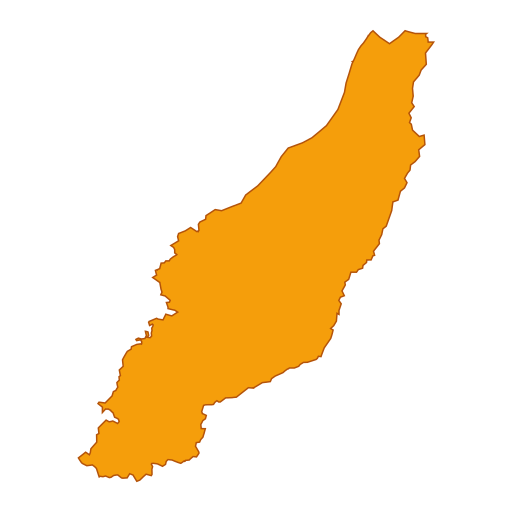 Salayea, Lofa, Liberia (orthographic projection)
{"feature_id": "62588387B29328841835384", "entity_name": "Salayea", "entity_type": "district", "adm_level": 2, "iso_a3": "LBR", "parent_name": "Liberia", "parent_adm1": "Lofa", "projection": "orthographic", "projection_center": [-9.631, 7.472], "detail": "fine", "context": "isolated", "style": "filled", "palette": "amber", "viewbox_px": 512, "rotation_deg": 0, "n_neighbors": 0, "source": "geoboundaries", "source_scale": "gbopen_adm2", "svg_char_len": 5659}
<svg xmlns="http://www.w3.org/2000/svg" viewBox="0 0 512 512"><path d="M123.1,358.6L122.9,359.1L122.5,359.9L123.2,366.3L119.3,370.0L120.4,375.6L119.0,376.7L119.3,380.1L117.6,381.8L116.9,382.6L117.2,384.6L117.8,387.2L116.6,389.0L115.8,390.5L115.3,390.7L113.4,391.6L112.7,393.8L112.1,395.9L105.3,402.8L105.1,403.0L100.2,402.3L99.0,402.2L98.0,403.6L100.0,405.2L102.4,407.1L102.4,411.8L102.4,412.5L104.5,410.2L105.6,409.0L106.0,409.1L108.6,409.1L109.6,409.9L110.6,410.2L111.2,411.3L113.0,412.7L114.4,416.6L114.6,417.2L117.1,418.3L118.4,419.2L119.2,421.5L117.6,423.5L116.1,422.7L113.0,421.1L112.7,421.0L111.4,421.4L109.1,421.8L106.1,420.1L105.5,420.7L99.5,426.7L98.3,428.0L98.8,432.6L98.9,433.5L96.6,434.8L96.7,439.9L96.7,442.2L91.3,448.3L91.0,448.6L90.8,449.4L90.3,452.7L89.4,454.8L88.8,454.4L87.4,453.4L85.6,452.2L83.9,453.6L78.4,457.9L78.9,458.7L79.3,459.4L81.5,462.7L82.1,463.2L82.8,463.7L86.8,465.7L92.0,465.0L92.3,464.9L94.6,466.6L96.4,468.4L96.9,469.9L98.6,475.2L98.7,475.5L99.2,476.9L100.0,476.3L103.0,476.7L105.5,476.0L106.8,476.5L109.1,477.5L109.3,477.6L111.0,477.3L113.6,475.5L116.3,475.0L117.1,475.0L117.7,474.9L121.5,477.9L122.4,478.1L123.7,478.1L126.7,477.9L127.1,477.9L127.9,476.6L129.7,473.7L130.4,474.0L133.0,475.0L136.3,480.5L136.8,481.3L139.8,480.1L141.9,478.1L143.2,476.8L146.1,474.2L151.3,475.6L152.0,474.4L152.0,472.6L151.9,469.2L152.6,466.6L151.4,464.3L151.4,464.2L151.7,463.5L153.2,463.3L156.3,463.7L157.5,463.9L161.1,465.6L162.5,466.3L165.5,464.4L166.2,461.5L166.2,461.4L167.9,459.6L168.1,459.6L172.0,460.0L173.2,460.5L174.8,461.2L177.2,462.1L177.3,462.2L180.1,463.1L180.5,463.2L180.8,463.3L181.9,462.6L184.1,461.0L184.5,461.4L185.2,461.1L185.5,460.4L189.3,460.0L190.2,459.0L193.0,456.6L193.8,456.6L196.5,456.9L198.9,453.3L198.9,452.2L196.3,447.6L195.5,446.3L196.3,442.6L199.6,442.1L200.7,439.6L202.9,437.2L203.4,435.5L203.7,434.3L203.9,434.0L204.5,431.7L205.3,428.7L201.2,428.6L201.2,428.2L200.8,424.5L202.0,422.3L202.8,420.6L205.4,418.8L206.3,415.4L202.3,413.5L202.1,412.6L201.7,411.6L203.4,406.1L203.6,405.4L205.5,404.8L208.8,404.7L211.7,404.7L213.0,404.5L213.5,404.4L214.8,402.4L216.9,400.7L218.7,402.0L219.9,402.0L220.2,402.0L224.2,399.0L225.6,397.9L232.5,397.6L232.9,397.5L234.7,397.3L236.3,397.2L248.4,387.7L248.5,387.7L253.4,388.1L253.3,387.8L253.6,387.8L255.9,386.5L262.4,382.6L266.7,382.1L270.3,381.6L271.6,378.6L275.3,376.0L280.8,373.6L283.0,372.6L284.9,370.9L287.5,369.0L288.5,368.8L289.3,368.0L290.8,368.0L294.3,368.0L298.7,366.3L300.2,364.4L302.2,363.2L303.3,362.5L303.5,362.4L304.1,362.4L307.4,362.3L311.7,360.9L316.0,359.5L316.2,359.4L317.4,358.3L318.4,356.3L321.0,356.6L321.9,354.0L324.2,347.9L330.7,338.5L331.5,336.1L332.2,333.7L333.1,330.0L331.0,328.8L330.6,328.5L333.7,325.7L336.4,321.1L337.0,313.3L339.0,314.4L339.0,310.3L339.3,309.5L341.2,303.8L338.8,300.4L340.4,297.2L344.3,295.7L342.0,290.9L344.8,285.9L345.3,284.9L344.8,282.2L348.7,279.3L350.9,272.2L356.5,272.2L358.3,269.6L362.6,268.2L363.0,265.4L366.5,262.5L366.8,260.0L371.1,259.9L372.9,255.8L374.6,255.3L373.5,251.2L379.4,243.7L379.0,240.1L381.7,234.6L382.9,228.8L386.2,226.2L386.6,225.1L391.7,210.6L392.3,206.0L392.9,201.9L398.0,200.1L400.4,191.3L404.5,187.9L407.0,182.7L404.5,178.4L407.6,173.0L410.0,170.1L410.6,165.0L415.1,161.6L419.6,156.4L418.7,149.8L424.9,144.6L424.1,135.1L419.3,136.5L412.8,130.4L412.5,130.0L411.3,124.2L409.5,122.6L411.2,117.8L408.9,113.2L414.2,106.6L411.7,102.8L413.2,96.1L412.5,88.4L413.5,81.9L419.2,75.2L421.1,70.1L426.3,64.3L425.5,53.0L431.8,44.8L433.6,42.1L428.2,42.1L427.7,37.8L425.7,36.7L425.6,34.3L426.6,33.5L415.2,33.5L409.1,31.9L405.6,30.9L405.1,30.7L398.7,37.2L393.3,41.0L389.5,43.7L379.8,37.2L373.0,30.8L371.0,32.4L370.6,32.8L368.4,35.8L368.2,35.7L367.9,36.4L366.6,38.5L363.5,43.0L361.0,45.8L358.5,49.5L356.7,53.4L354.7,58.1L353.3,61.2L352.4,61.5L352.9,61.9L352.1,63.6L349.7,71.5L349.3,72.9L346.1,83.0L345.0,89.3L344.5,92.3L341.7,99.6L337.9,109.5L326.4,125.7L325.4,126.5L322.0,129.4L317.1,133.5L312.5,137.3L311.9,137.8L302.3,142.9L288.3,148.0L287.9,148.4L286.4,150.3L281.3,156.6L278.5,161.6L275.7,166.7L270.2,172.8L257.7,185.9L250.0,191.7L245.7,195.0L241.1,203.1L231.6,206.7L221.6,210.7L215.2,209.6L208.8,213.8L206.0,215.6L205.9,216.7L205.6,219.3L202.0,221.0L199.9,222.0L198.4,224.3L198.9,229.7L198.9,230.4L198.6,230.7L198.3,231.5L197.8,231.1L197.0,231.7L190.6,227.5L186.2,230.3L185.2,230.9L178.6,233.5L177.6,236.6L178.2,239.1L178.6,240.8L172.0,244.8L170.8,245.5L173.0,247.0L173.7,247.5L174.7,249.7L174.7,250.8L174.7,252.9L176.1,254.0L176.7,254.4L176.4,254.6L176.5,255.0L173.3,256.8L170.4,259.0L169.2,260.9L166.3,260.9L165.8,260.9L165.4,261.5L164.2,262.9L162.8,263.0L161.1,263.1L160.9,264.0L159.7,268.6L157.7,269.5L157.4,270.0L156.9,269.8L155.4,270.4L155.9,272.4L156.6,275.1L154.1,276.6L152.7,277.5L159.5,282.3L159.8,282.4L161.0,289.1L162.0,292.2L161.0,294.3L160.9,294.5L160.8,294.8L165.2,296.0L166.1,296.8L168.9,299.2L170.2,300.3L169.4,302.2L166.4,302.5L168.0,307.1L168.0,307.7L168.0,308.6L172.8,309.8L174.8,310.2L176.1,311.1L177.7,312.1L171.8,315.9L169.9,315.4L165.8,314.2L165.6,314.7L163.0,319.9L158.1,319.1L156.6,318.3L149.7,321.2L149.2,321.4L149.2,321.6L148.6,322.2L149.6,325.5L152.4,324.1L153.2,325.0L152.5,327.0L151.8,328.0L151.8,328.8L152.0,330.5L151.3,333.1L151.5,334.4L151.6,336.1L150.1,337.7L147.2,337.3L147.7,336.7L148.7,335.4L148.3,333.5L148.0,332.0L146.9,331.6L145.4,331.3L145.7,332.8L146.4,335.5L144.9,338.5L141.5,339.0L138.4,338.1L137.4,338.6L135.9,339.4L136.6,340.6L140.3,339.9L141.1,340.2L141.1,340.8L141.7,341.5L141.7,343.7L141.1,343.8L141.1,344.1L140.5,343.9L136.8,344.4L131.5,346.7L131.1,349.2L127.4,351.3L126.7,352.3L124.2,356.6L123.1,358.6Z" fill="#f59e0b" stroke="#b45309" stroke-width="1.5"/></svg>